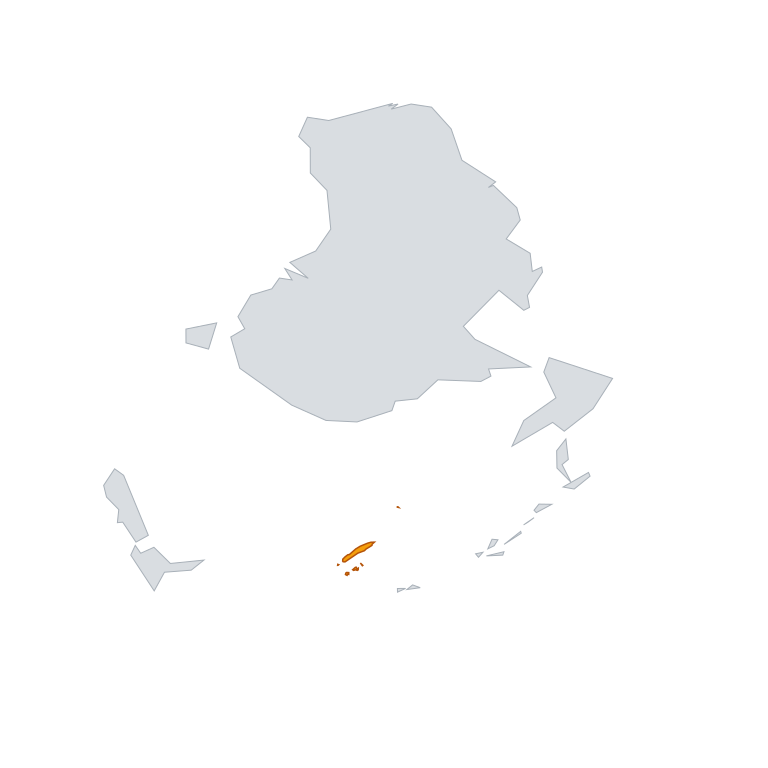 Oceania, with New Caledonia highlighted, rotated 111°
{"feature_id": "NCL", "entity_name": "New Caledonia", "entity_type": "country or territory", "adm_level": 0, "iso_a3": "NCL", "parent_name": "Oceania", "parent_adm1": "", "projection": "orthographic", "projection_center": [166.029, -20.888], "detail": "coarse", "context": "in_parent", "style": "filled", "palette": "amber", "viewbox_px": 768, "rotation_deg": 111, "n_neighbors": 5, "source": "natural_earth", "source_scale": "50m", "svg_char_len": 2728}
<svg xmlns="http://www.w3.org/2000/svg" viewBox="0 0 768 768"><g transform="rotate(111 384 384)"><path d="M296.9,172.6L332.2,180.0L363.5,198.8L359.4,212.8L396.2,242.2L368.0,240.4L335.3,218.5L315.6,239.1L300.2,239.3L296.9,172.6ZM413.9,168.8L416.0,179.9L393.3,161.4L396.2,158.6L413.9,168.8ZM400.5,192.4L384.4,198.9L370.1,194.5L388.4,184.9L395.4,188.9L408.7,174.2L400.5,192.4ZM436.2,184.3L449.5,195.7L448.1,198.7L440.6,196.3L436.2,184.3Z" fill="#d9dde1" stroke="#a8b0b8" stroke-width="1"/><path d="M567.1,290.6L573.5,296.8L570.1,298.2L567.1,290.6ZM567.7,289.0L561.3,285.3L561.2,277.2L567.7,289.0Z" fill="#d9dde1" stroke="#a8b0b8" stroke-width="1"/><path d="M511.9,233.7L509.7,237.6L505.6,231.3L511.9,233.7ZM501.2,211.8L507.8,226.8L497.6,211.9L501.2,211.8ZM500.7,228.0L490.2,227.5L488.6,221.8L495.5,223.2L500.7,228.0ZM474.1,202.4L490.7,214.4L472.6,203.6L474.1,202.4ZM461.3,200.0L465.5,203.2L455.0,196.0L461.3,200.0Z" fill="#d9dde1" stroke="#a8b0b8" stroke-width="1"/><path d="M659.5,524.4L634.5,559.1L623.8,558.4L629.2,550.5L618.9,540.3L628.1,519.1L612.9,489.0L626.9,497.3L638.4,521.5L659.5,524.4ZM562.6,594.3L609.7,549.8L620.5,558.9L606.6,578.4L609.0,583.2L596.3,586.6L589.0,602.5L579.1,609.4L559.7,605.1L562.6,594.3Z" fill="#d9dde1" stroke="#a8b0b8" stroke-width="1"/><path d="M386.9,562.1L414.3,560.3L416.6,583.6L403.7,588.6L386.9,562.1ZM223.7,506.6L213.4,528.4L189.9,537.5L183.5,552.3L162.4,551.1L157.8,530.0L118.9,476.4L123.0,479.5L117.6,471.2L124.8,475.8L112.9,459.0L108.5,438.8L121.8,412.7L147.2,391.4L155.3,352.2L163.1,357.0L159.4,353.0L171.8,323.2L182.1,315.6L204.8,321.9L209.6,294.4L225.8,285.9L218.3,278.7L222.8,276.1L250.0,281.9L260.3,275.6L265.1,279.9L255.3,310.3L301.7,330.6L309.7,315.1L315.5,253.2L332.5,291.8L338.3,287.0L346.9,294.5L360.8,335.2L385.9,347.6L396.0,367.4L406.0,367.1L429.1,395.6L438.8,425.1L436.8,462.6L421.0,524.3L395.0,543.9L382.3,533.8L373.5,544.5L348.7,540.2L335.3,522.8L322.6,519.6L319.8,507.1L311.7,518.0L312.5,492.6L304.2,515.5L284.3,495.4L258.5,489.2L223.7,506.6Z" fill="#d9dde1" stroke="#a8b0b8" stroke-width="1"/><path d="M535.1,336.3L537.8,337.7L539.0,337.4L544.5,341.6L546.6,342.5L551.3,347.8L564.0,356.6L564.6,358.4L564.2,359.1L562.3,359.7L559.3,358.4L556.4,356.6L555.6,355.2L548.0,351.2L544.0,348.1L538.5,342.3L536.4,339.5L535.1,336.3ZM568.6,346.7L565.4,345.0L565.0,344.2L566.5,342.9L565.2,342.0L566.7,341.5L567.6,342.2L567.6,343.9L568.9,345.6L568.6,346.7ZM574.6,349.7L575.9,349.9L575.7,351.7L574.2,351.9L573.3,351.3L572.7,349.3L574.4,348.7L574.6,349.7ZM561.4,339.1L559.6,341.9L560.9,338.8L561.4,339.1ZM569.9,362.3L568.9,362.5L568.9,361.5L569.7,361.9L569.9,362.3ZM494.0,328.1L493.7,326.7L494.0,326.0L494.2,327.3L494.0,328.1Z" fill="#f59e0b" stroke="#b45309" stroke-width="1.5"/></g></svg>